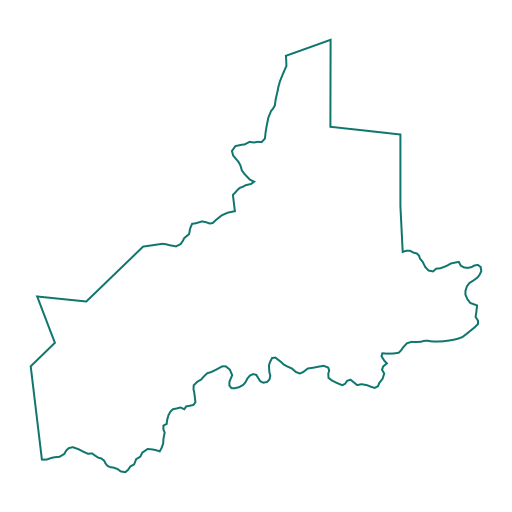 the district of Esperantina, Piauí, Brazil
{"feature_id": "56859067B45673851055188", "entity_name": "Esperantina", "entity_type": "district", "adm_level": 2, "iso_a3": "BRA", "parent_name": "Brazil", "parent_adm1": "Piauí", "projection": "orthographic", "projection_center": [-42.165, -3.795], "detail": "fine", "context": "isolated", "style": "outline", "palette": "teal", "viewbox_px": 512, "rotation_deg": 0, "n_neighbors": 0, "source": "geoboundaries", "source_scale": "gbopen_adm2", "svg_char_len": 3290}
<svg xmlns="http://www.w3.org/2000/svg" viewBox="0 0 512 512"><path d="M195.4,402.2L194.9,397.7L194.2,392.2L193.5,389.2L193.7,385.3L197.4,381.7L201.2,379.5L204.0,376.3L207.3,373.2L211.1,372.1L215.7,369.9L219.7,367.7L222.4,366.3L225.7,366.3L229.8,369.6L232.2,375.2L230.6,378.9L229.4,382.0L229.4,385.5L231.4,388.1L234.5,388.3L239.0,387.2L243.2,384.9L245.5,382.2L247.4,378.5L250.1,375.4L253.2,374.1L256.3,374.9L258.5,378.5L260.2,381.2L263.3,382.7L267.0,382.0L269.5,379.4L270.3,375.7L269.4,372.4L269.1,368.5L269.0,365.1L270.1,361.9L272.1,358.0L275.4,357.6L278.1,359.7L281.2,362.1L283.7,364.5L286.9,366.3L291.9,368.5L295.9,372.0L299.8,373.5L303.1,372.1L307.8,368.5L314.0,367.6L318.9,366.6L323.7,365.8L328.2,367.6L329.2,370.4L328.3,373.7L328.5,377.9L332.0,380.5L336.3,382.7L339.1,383.9L342.4,385.2L345.2,383.7L347.0,380.9L350.5,379.7L354.4,382.8L357.1,385.1L361.6,384.2L367.1,385.2L371.4,386.9L374.7,387.9L378.0,386.2L379.2,383.1L382.6,378.7L384.2,373.5L382.0,369.7L383.2,366.4L386.9,363.4L384.3,360.7L381.5,356.2L382.4,353.3L386.5,353.6L391.9,353.6L395.3,353.3L398.8,352.7L401.1,350.3L403.4,347.1L406.9,343.3L411.3,341.9L416.5,342.0L420.7,341.8L424.0,340.9L427.5,340.7L430.7,341.3L434.1,341.5L438.1,341.5L443.2,341.3L449.2,340.5L453.4,339.8L458.0,338.7L462.5,337.0L466.8,333.7L470.7,330.5L474.7,327.3L478.0,324.0L478.0,320.7L475.6,317.0L476.3,312.2L477.1,305.5L473.4,304.1L470.3,303.0L467.3,299.0L465.4,294.5L465.5,290.7L466.9,286.4L469.4,283.0L473.3,280.6L477.5,277.5L479.5,274.9L481.3,271.1L480.6,266.9L477.8,264.9L474.4,265.5L471.5,267.1L467.7,267.9L463.9,267.4L460.8,265.7L458.8,261.9L455.0,262.6L450.9,263.5L447.4,265.5L444.1,266.9L440.3,268.3L436.1,268.7L433.1,271.4L428.7,270.6L425.3,267.1L422.7,261.9L420.0,258.6L419.0,255.7L416.9,253.5L413.4,252.6L410.2,250.8L406.4,250.7L402.7,251.9L400.4,206.0L400.4,156.1L400.4,134.5L330.4,126.8L330.4,118.7L330.6,39.8L285.9,55.8L286.2,59.7L286.4,66.0L282.7,74.4L280.0,81.2L278.3,87.2L277.6,91.0L275.7,99.2L274.8,105.6L272.9,108.8L271.0,111.1L268.3,117.8L266.6,126.3L265.6,132.4L264.9,138.6L261.6,142.1L257.8,141.8L253.9,142.5L249.5,141.9L244.7,144.4L241.4,144.8L235.4,146.1L231.9,151.0L233.2,155.6L238.5,161.9L240.4,165.4L241.9,170.5L244.5,174.0L249.8,179.6L254.1,181.7L251.0,184.0L246.0,185.1L242.9,186.7L239.6,188.0L237.1,190.3L235.2,192.6L232.9,194.9L234.9,211.2L231.9,211.8L227.7,212.7L221.8,215.3L216.1,219.8L212.7,223.1L209.6,223.5L206.0,222.2L202.0,221.4L195.7,223.3L192.1,223.8L190.1,228.6L189.1,234.1L184.3,238.0L182.9,240.8L180.6,244.1L176.0,246.4L169.1,245.1L166.2,244.3L162.5,243.8L143.1,246.6L100.8,287.5L86.3,301.5L37.2,296.5L48.8,327.0L54.9,342.8L30.7,366.3L41.9,459.6L46.5,459.6L50.8,458.1L54.1,457.3L59.5,456.8L64.2,454.0L66.4,450.3L68.8,448.1L72.8,447.2L78.5,449.2L83.5,451.8L88.0,453.8L92.0,453.4L94.8,455.4L98.1,457.6L101.2,458.4L104.1,460.6L105.5,463.4L107.5,465.9L110.4,467.2L113.6,467.6L117.7,469.1L120.7,471.4L125.3,472.2L128.3,469.6L130.4,466.4L134.1,464.4L136.2,459.1L140.3,456.7L142.3,452.6L147.6,449.0L152.1,449.4L155.8,450.1L159.7,451.4L161.8,447.5L163.2,443.3L163.4,439.4L164.0,435.8L164.7,432.7L163.4,429.4L163.4,425.6L166.7,423.9L167.1,420.2L168.4,415.4L170.5,411.5L173.0,409.2L176.6,408.5L180.5,407.5L184.3,409.2L186.2,406.4L189.7,405.8L193.5,404.9L195.4,402.2Z" fill="none" stroke="#0f766e" stroke-width="2"/></svg>